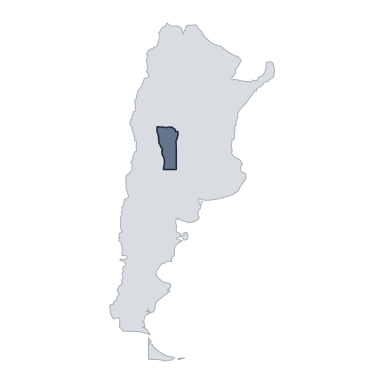 Argentina, with San Luis highlighted
{"feature_id": "ARG-1298", "entity_name": "San Luis", "entity_type": "Province", "adm_level": 1, "iso_a3": "ARG", "parent_name": "Argentina", "parent_adm1": "", "projection": "natural_earth1", "projection_center": [-66.295, -33.924], "detail": "fine", "context": "in_parent", "style": "filled", "palette": "slate", "viewbox_px": 384, "rotation_deg": 0, "n_neighbors": 0, "source": "natural_earth", "source_scale": "10m", "svg_char_len": 6250}
<svg xmlns="http://www.w3.org/2000/svg" viewBox="0 0 384 384"><path d="M239.9,109.6L237.5,113.7L238.0,116.5L235.8,123.1L236.3,124.4L234.6,127.5L235.1,130.9L234.2,134.1L234.5,138.2L233.8,139.4L232.3,139.8L231.2,145.5L232.3,150.9L231.2,152.0L233.1,156.0L239.2,159.4L242.2,163.0L242.3,164.5L240.6,166.7L240.4,168.5L241.2,171.0L242.7,172.6L245.7,173.5L246.0,177.1L245.4,179.4L239.7,187.5L238.3,191.0L233.0,194.6L219.3,198.7L208.8,200.3L202.7,200.0L198.8,198.3L199.0,202.9L201.0,204.2L200.0,204.3L200.8,205.1L200.3,208.8L199.0,209.5L198.0,212.6L198.0,215.3L199.2,217.5L198.0,219.7L193.4,222.0L188.0,222.5L178.0,218.9L178.4,218.4L177.8,218.2L176.2,218.9L175.5,221.9L176.6,226.6L176.2,230.8L176.8,232.1L180.4,233.7L180.2,235.3L181.4,235.5L184.0,235.1L184.3,233.8L182.9,233.3L186.5,232.2L187.8,233.9L187.8,238.2L187.2,239.3L184.4,240.0L183.7,239.8L182.1,236.9L180.8,236.3L176.9,237.9L176.5,238.8L182.1,240.9L177.9,243.2L174.6,247.1L174.5,254.2L173.7,256.2L171.4,258.1L171.0,259.5L171.8,260.3L171.5,261.6L167.1,261.2L163.9,263.4L161.1,264.1L155.9,272.2L156.6,276.1L162.4,281.8L169.7,283.3L170.6,285.2L170.3,287.4L169.4,288.7L166.8,290.0L169.1,290.0L170.0,291.1L157.1,301.2L155.4,304.2L154.6,310.3L153.6,311.5L151.0,312.7L149.2,311.4L147.8,309.2L147.8,311.0L145.4,311.7L148.3,311.8L149.7,313.2L145.7,315.5L144.6,317.4L144.1,320.2L142.6,321.8L143.8,321.5L145.0,327.0L141.8,327.3L145.7,328.2L150.1,334.4L149.8,334.9L149.6,334.3L138.1,331.5L122.7,331.1L122.8,330.2L119.2,326.9L119.9,324.5L119.3,322.5L120.0,320.7L119.5,318.4L118.1,317.7L113.2,319.0L110.3,312.9L110.4,309.6L109.5,307.5L110.3,304.8L112.9,304.7L113.6,301.9L116.8,299.6L116.8,296.9L118.7,295.4L119.2,294.0L117.3,290.5L118.6,286.6L122.0,283.7L121.6,280.0L123.4,278.2L121.9,273.3L123.8,271.2L122.9,270.0L122.8,267.4L124.7,266.7L125.9,263.9L123.9,261.3L120.3,260.6L120.1,259.2L126.5,259.1L127.3,257.1L126.9,255.9L122.0,255.3L122.0,252.5L123.0,250.7L122.0,248.9L122.4,247.2L121.1,244.8L122.3,243.7L119.0,241.1L119.0,236.9L119.7,235.9L119.2,233.6L122.0,231.5L120.6,227.5L120.8,219.8L120.3,217.7L122.0,214.5L121.1,212.4L122.4,210.8L121.8,206.9L123.3,206.5L124.3,199.7L127.9,197.7L128.7,196.3L126.0,187.7L126.2,184.4L125.7,182.9L126.3,181.0L125.7,178.2L126.7,174.9L129.3,173.6L129.5,172.5L132.1,170.2L131.9,164.6L130.7,161.8L132.1,160.8L132.9,156.5L134.8,152.0L136.5,151.2L136.1,146.2L136.6,141.5L134.4,140.7L134.9,137.4L134.1,136.6L133.6,133.2L132.1,130.1L132.0,128.7L132.8,127.9L131.2,126.7L130.0,123.8L130.2,121.2L130.5,119.5L132.3,118.2L131.9,117.0L133.4,111.6L135.2,111.3L136.1,109.5L135.1,108.5L135.4,105.3L134.5,100.7L136.2,98.4L137.6,91.3L141.6,86.2L144.4,78.3L146.6,78.1L148.9,76.4L146.5,71.2L148.0,67.9L146.4,61.0L146.9,58.5L148.3,57.0L146.7,54.3L147.2,52.2L149.4,49.7L157.1,46.1L160.0,35.4L158.4,33.5L162.6,27.3L165.6,26.2L166.9,23.0L170.8,26.1L177.5,26.2L180.8,27.4L183.2,33.6L186.8,25.4L196.1,25.0L198.0,28.1L201.5,31.4L203.9,36.0L211.6,43.2L221.4,46.7L227.4,51.5L234.4,55.6L237.9,56.5L240.6,59.4L241.1,61.5L239.5,63.2L238.3,66.4L236.4,68.2L235.6,70.3L235.6,72.8L231.9,78.0L232.0,79.9L235.7,79.5L244.7,81.5L249.0,81.5L250.4,82.4L252.8,80.0L256.6,81.0L259.2,76.8L261.7,76.0L264.4,73.1L265.8,69.5L266.5,62.0L268.0,62.5L270.5,61.4L272.7,62.9L274.5,69.3L273.9,75.5L272.8,77.9L270.0,79.3L268.5,81.0L264.2,82.4L261.8,85.6L256.4,89.1L256.6,90.9L254.9,90.8L245.7,103.5L239.9,109.6ZM148.5,359.2L148.4,337.8L151.4,342.0L149.9,341.8L149.5,343.8L152.0,344.2L153.2,346.7L158.7,351.4L166.7,356.1L174.6,357.5L172.4,359.8L164.6,361.0L160.0,359.7L148.5,359.2ZM177.8,359.0L180.2,358.1L184.9,358.0L178.7,359.7L177.8,359.0ZM202.2,201.8L202.1,202.7L200.7,201.3L202.2,201.8Z" fill="#d9dde1" stroke="#a8b0b8" stroke-width="1"/><path d="M176.3,159.3L176.3,167.9L176.2,169.5L175.9,169.5L168.4,169.5L168.1,169.5L163.5,169.5L163.4,169.2L163.5,168.5L163.6,167.8L164.0,166.2L164.0,165.1L164.3,164.5L164.3,164.3L164.4,163.4L164.5,162.8L164.5,162.6L164.4,162.0L164.4,161.9L164.5,161.7L164.4,161.5L164.4,161.4L164.5,160.7L164.4,160.4L164.3,160.0L164.2,159.9L164.2,159.7L164.1,159.3L164.1,159.2L164.1,158.7L163.9,157.7L162.9,155.7L162.5,155.3L162.5,155.1L162.4,154.9L162.2,154.2L162.2,153.3L162.1,153.1L161.9,152.9L162.0,152.7L161.9,152.5L161.9,151.7L161.8,151.4L161.9,151.1L162.0,151.0L162.0,150.9L162.2,151.0L162.3,150.8L162.4,150.6L162.4,150.1L162.4,149.7L162.3,149.3L162.2,149.0L162.2,148.9L161.9,148.7L161.7,148.0L161.6,147.9L161.5,147.7L161.4,147.6L161.0,147.4L160.9,147.3L160.8,147.1L160.8,146.9L160.6,146.2L160.4,145.9L160.3,145.4L160.2,145.3L160.1,145.0L160.1,144.9L159.9,144.7L159.1,143.3L159.0,143.0L159.0,142.8L159.0,142.4L159.0,142.2L158.8,141.7L158.8,141.3L158.8,141.2L158.7,141.0L158.8,140.2L158.7,139.2L158.6,138.9L158.6,138.6L158.5,138.0L158.4,137.7L158.6,137.5L158.6,137.3L158.5,136.8L158.5,136.5L158.7,136.1L158.6,135.9L158.5,135.7L158.4,135.5L158.3,135.4L158.2,135.3L158.2,135.2L157.9,134.2L157.9,133.9L157.8,133.6L157.7,133.3L157.7,133.2L157.6,132.8L157.6,132.7L157.4,132.5L157.2,132.4L157.0,131.4L157.0,131.0L157.0,130.3L157.0,130.0L157.0,129.4L157.0,129.2L156.9,129.0L156.9,128.9L157.0,128.7L157.1,128.3L157.1,128.2L157.1,127.9L157.1,127.7L157.0,127.3L157.0,127.2L157.1,126.9L157.4,126.7L157.7,126.8L158.0,126.9L158.3,126.9L159.0,126.9L159.3,126.8L159.5,126.8L159.8,126.9L159.9,127.0L160.0,127.0L160.4,127.1L162.5,127.0L163.1,127.1L163.3,127.2L163.5,127.4L163.8,127.4L164.1,127.3L164.3,127.3L164.5,127.5L165.0,127.4L165.3,127.5L165.5,127.6L165.9,127.5L166.0,127.5L166.4,127.6L166.9,127.5L167.3,127.4L167.6,127.2L167.8,127.1L168.2,127.0L168.6,127.0L169.0,127.0L169.3,127.2L169.5,127.3L169.9,127.3L170.7,127.1L171.5,127.1L172.2,127.4L174.5,128.9L174.7,129.2L175.0,129.4L175.0,129.5L175.1,129.8L175.1,130.0L175.2,130.4L175.3,130.6L175.4,130.8L175.4,131.0L175.4,131.4L175.4,131.5L175.5,131.6L176.5,131.6L177.4,131.3L177.5,131.3L177.8,131.4L177.8,131.5L177.8,131.9L177.8,132.2L177.8,132.5L177.8,132.8L178.0,133.3L178.1,133.5L178.2,133.9L178.2,134.0L178.1,134.4L178.1,134.7L177.9,135.2L177.8,135.6L177.7,135.8L177.6,136.0L177.6,136.3L177.4,136.7L177.4,136.8L177.4,137.2L177.4,137.3L177.0,138.0L177.0,138.3L177.0,138.5L176.8,139.1L176.7,139.2L176.7,139.4L176.8,139.6L176.8,139.8L176.7,139.9L176.4,140.0L176.0,140.6L176.3,148.5L176.3,159.2L176.3,159.3Z" fill="#64748b" stroke="#1e293b" stroke-width="1.5"/></svg>